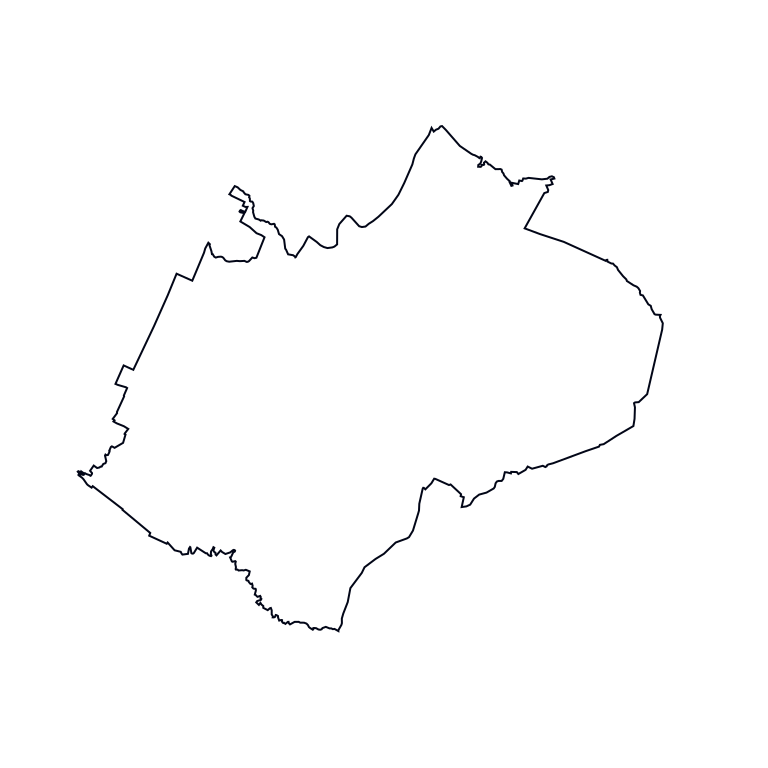 outline of Targu Trotus, Bacau, Romania, rotated 115°
{"feature_id": "2599482B41851709031441", "entity_name": "Targu Trotus", "entity_type": "district", "adm_level": 2, "iso_a3": "ROU", "parent_name": "Romania", "parent_adm1": "Bacau", "projection": "equal_earth", "projection_center": [26.691, 46.277], "detail": "fine", "context": "isolated", "style": "outline", "palette": "ink", "viewbox_px": 768, "rotation_deg": 115, "n_neighbors": 0, "source": "geoboundaries", "source_scale": "gbopen_adm2", "svg_char_len": 6166}
<svg xmlns="http://www.w3.org/2000/svg" viewBox="0 0 768 768"><g transform="rotate(115 384 384)"><path d="M594.9,622.4L595.6,622.5L595.8,622.0L596.5,618.2L597.3,616.1L600.4,610.8L600.8,609.5L601.5,605.2L599.7,604.8L607.9,567.9L608.6,567.8L617.8,532.9L620.7,532.7L620.6,513.4L619.1,513.1L623.2,503.5L622.0,497.3L623.1,496.0L623.8,494.6L620.8,489.9L615.6,491.2L613.7,490.9L613.8,490.5L618.7,487.1L618.8,486.2L618.4,485.4L617.5,484.9L611.3,484.2L612.6,474.9L612.7,473.9L612.2,472.8L613.0,471.5L613.4,469.8L613.1,468.0L612.5,467.8L611.2,469.1L608.8,470.0L605.9,469.5L604.0,469.6L604.1,468.6L606.8,468.3L607.4,467.7L608.0,466.8L608.1,465.5L609.7,464.6L610.1,463.4L603.9,461.7L604.7,459.7L605.1,455.9L601.6,452.2L598.5,450.7L597.8,450.0L597.7,449.1L598.0,448.5L598.8,448.4L600.5,449.5L604.7,449.5L605.7,449.6L606.2,450.2L609.1,446.9L609.1,446.1L607.4,444.0L607.6,443.3L609.9,442.8L612.5,440.8L614.5,440.2L614.8,439.7L614.1,438.3L614.5,437.0L612.7,433.9L612.3,432.4L610.8,430.7L610.6,426.5L614.3,425.7L617.7,426.9L619.8,426.0L620.0,425.4L619.7,423.7L620.6,422.8L621.6,420.6L621.5,420.0L620.7,419.2L622.5,417.7L623.9,417.5L624.5,416.2L624.5,415.3L623.9,413.9L624.1,413.5L625.4,412.8L629.5,412.1L629.5,410.9L630.2,409.4L630.3,408.6L628.4,406.7L629.1,405.7L630.3,405.4L630.6,404.3L631.6,404.3L634.3,407.2L635.9,407.5L637.1,404.0L634.6,403.5L635.7,401.8L636.2,399.6L637.9,398.8L638.1,393.8L635.4,392.6L634.8,391.9L636.6,390.1L640.3,388.4L641.7,386.3L642.5,386.2L642.1,385.2L641.2,384.4L639.1,384.5L638.9,383.7L639.1,382.0L640.3,381.4L642.7,379.0L641.3,377.4L641.1,376.6L642.5,376.0L643.1,374.9L643.2,374.2L642.7,373.8L643.1,372.0L640.2,370.6L639.9,370.0L641.0,369.2L641.6,367.6L637.4,364.5L635.6,360.8L635.7,359.1L634.1,355.5L633.9,353.0L634.6,351.1L636.0,349.3L636.3,348.3L636.8,344.7L636.3,344.4L635.1,344.9L634.7,344.3L634.0,342.3L634.2,339.7L633.7,338.0L632.7,336.9L631.2,336.6L628.7,334.1L628.5,330.0L627.8,328.6L627.8,326.7L626.9,325.4L627.2,320.9L626.3,321.3L620.3,320.8L618.5,321.1L614.4,323.1L609.2,323.9L597.0,324.7L583.2,328.2L564.6,324.3L558.3,324.2L546.1,317.7L537.9,312.3L522.7,306.4L514.3,298.0L512.2,296.6L504.6,295.8L487.0,298.3L483.9,298.8L477.6,301.4L462.5,304.7L461.5,304.6L461.3,304.0L462.0,302.0L454.0,299.1L448.6,298.5L448.3,297.3L448.1,282.4L446.9,281.2L451.3,267.6L453.3,267.1L452.9,263.8L462.7,261.6L460.1,257.6L456.9,254.9L449.8,254.0L444.0,251.0L439.1,245.2L432.3,240.4L430.4,240.1L426.8,240.9L424.7,240.5L423.4,239.2L422.1,236.4L419.6,235.8L412.9,237.2L412.1,235.1L411.4,231.2L409.9,231.6L407.7,226.4L408.8,224.2L402.0,219.4L398.1,218.9L398.2,214.0L391.0,205.5L391.1,202.7L389.9,201.8L389.1,202.0L387.5,201.1L384.4,197.3L359.5,172.7L349.9,162.7L347.9,162.6L345.7,159.5L332.9,151.5L316.7,140.2L309.7,142.2L299.1,146.7L295.7,149.3L294.6,148.7L292.8,145.5L282.0,141.2L217.1,154.9L211.1,157.0L207.2,161.9L206.0,162.6L204.5,162.6L206.3,167.0L206.4,168.3L203.1,173.0L200.4,175.3L200.1,178.1L194.3,186.8L194.8,189.2L193.1,190.7L191.5,191.2L189.6,194.0L189.0,196.1L189.1,199.6L188.0,207.4L186.8,208.6L185.3,212.8L181.7,220.1L179.7,222.3L179.1,225.1L178.1,227.3L178.7,228.9L178.6,233.1L177.1,234.1L177.6,234.9L178.7,235.1L179.2,281.1L182.2,306.0L183.5,322.3L143.2,319.4L140.7,316.7L138.8,317.1L135.5,320.8L133.9,318.1L131.5,315.7L128.2,319.4L125.8,316.4L124.8,317.4L124.8,319.6L126.4,321.6L128.9,322.7L131.8,327.4L136.1,340.1L137.9,342.2L138.9,344.7L141.3,344.5L141.8,344.8L142.4,347.4L146.1,346.9L147.6,353.1L149.8,351.4L150.6,352.3L147.8,355.7L147.1,355.7L146.0,359.2L144.1,363.4L142.7,364.7L141.9,366.5L140.0,368.0L140.0,369.3L142.2,373.8L140.4,380.8L140.8,382.2L139.8,383.8L139.3,386.1L141.2,386.9L142.7,386.0L143.3,386.2L144.1,388.1L145.3,387.7L146.3,388.1L147.3,390.5L145.6,391.1L143.6,389.9L141.4,389.9L137.7,390.7L137.1,391.8L137.2,392.6L138.9,392.7L138.9,393.3L138.5,394.9L138.3,398.5L138.6,400.2L138.5,402.2L136.2,415.9L127.6,435.3L125.7,440.4L126.7,441.7L129.6,442.5L131.6,444.4L134.2,445.6L131.8,449.1L139.4,448.6L162.6,452.6L167.1,452.2L173.0,451.1L193.3,450.6L206.4,450.9L217.6,452.9L234.7,459.7L241.0,462.8L245.2,465.5L249.1,467.3L251.1,470.4L251.5,473.2L247.0,483.8L246.5,485.9L247.3,489.0L257.9,492.1L263.6,491.8L277.3,485.5L280.4,487.0L282.0,488.5L284.7,492.7L285.3,496.4L285.1,500.4L283.7,505.0L281.9,514.3L283.1,515.0L292.9,515.5L302.8,517.4L306.3,517.6L306.7,517.9L306.1,518.6L305.7,520.8L307.0,525.7L303.6,529.6L303.1,530.7L295.3,535.6L293.1,538.9L292.5,542.5L289.1,545.5L287.7,547.7L287.5,549.2L285.5,550.5L285.3,551.4L286.8,553.4L287.0,554.2L287.1,555.3L286.2,557.0L286.1,558.0L287.0,559.2L286.7,562.1L287.5,564.5L288.1,564.8L287.8,567.0L288.4,570.5L287.2,572.2L283.6,575.3L282.1,575.8L280.2,577.5L277.7,577.2L275.3,579.0L274.4,580.4L275.0,582.1L274.9,582.8L272.4,584.1L271.8,585.2L270.4,585.4L269.9,586.7L270.6,589.8L269.5,592.3L268.9,592.9L268.8,596.2L267.6,599.8L267.7,602.9L277.4,604.3L277.4,602.8L277.8,602.0L278.0,587.3L282.1,587.3L282.1,584.5L281.2,582.6L286.6,582.5L287.0,585.4L286.9,587.3L287.7,587.8L288.8,587.8L289.1,586.8L288.2,582.7L297.4,582.9L298.5,572.1L301.2,563.3L300.9,558.1L301.5,554.3L323.5,553.0L324.7,554.5L325.0,556.8L329.7,558.3L330.8,559.1L331.4,560.1L331.4,562.5L333.6,566.6L334.6,569.4L338.6,576.0L339.2,578.5L339.0,580.2L337.5,583.0L337.3,584.4L337.5,585.6L338.9,588.1L340.5,589.9L340.4,591.6L338.7,594.2L339.0,594.8L336.6,596.5L331.9,600.9L330.9,600.9L330.2,602.9L336.7,603.3L341.1,602.6L371.4,601.4L371.7,618.6L394.9,617.5L428.8,616.9L477.1,617.2L477.2,627.8L497.4,627.4L497.3,624.8L496.0,616.4L496.2,615.1L504.4,614.9L505.0,614.3L522.3,614.2L523.2,613.6L530.3,615.1L530.8,612.9L532.3,613.3L532.6,609.5L532.2,601.9L532.8,596.8L538.6,598.1L539.0,598.0L539.1,596.9L547.6,595.6L555.7,601.2L555.5,603.9L555.6,604.4L556.6,604.9L560.6,604.8L560.7,604.3L562.2,604.1L565.0,604.2L565.9,605.6L565.7,606.6L566.8,606.6L571.3,603.1L573.5,603.0L575.1,604.6L578.2,605.0L578.7,606.0L579.9,606.6L581.4,608.5L580.6,612.6L586.9,613.7L588.1,611.0L588.7,610.7L590.8,610.9L591.3,611.3L591.0,612.4L591.4,615.8L591.2,617.2L591.7,618.7L591.2,621.4L591.6,621.3L592.2,620.1L592.9,617.7L593.3,617.8L593.6,618.4L592.2,622.6L592.2,624.2L592.9,624.5L594.4,621.2L594.9,622.4Z" fill="none" stroke="#020617" stroke-width="2"/></g></svg>